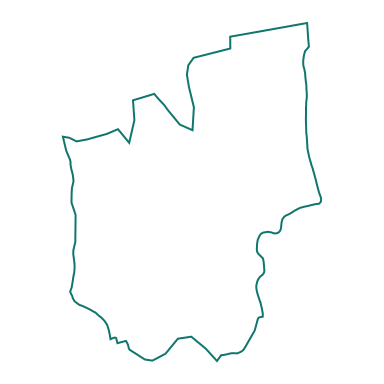 the district of Majz, Sa`dah, Yemen
{"feature_id": "15242507B76983038584557", "entity_name": "Majz", "entity_type": "district", "adm_level": 2, "iso_a3": "YEM", "parent_name": "Yemen", "parent_adm1": "Sa`dah", "projection": "equal_earth", "projection_center": [43.539, 17.146], "detail": "fine", "context": "isolated", "style": "outline", "palette": "teal", "viewbox_px": 384, "rotation_deg": 0, "n_neighbors": 0, "source": "geoboundaries", "source_scale": "gbopen_adm2", "svg_char_len": 3668}
<svg xmlns="http://www.w3.org/2000/svg" viewBox="0 0 384 384"><path d="M118.0,129.2L110.6,132.3L108.8,133.1L106.6,134.0L101.1,135.5L87.2,139.4L78.0,141.1L77.6,141.2L76.8,141.3L76.5,141.4L69.4,137.8L62.9,136.7L66.2,150.6L70.0,159.7L70.0,159.9L70.5,161.6L70.5,164.3L71.1,168.3L72.7,174.3L73.1,177.2L73.3,178.9L73.4,180.0L73.5,181.4L71.9,188.3L71.6,194.5L71.5,202.6L75.6,214.9L75.3,242.3L74.5,245.2L73.8,248.4L73.3,250.6L73.3,252.6L73.3,254.4L73.5,256.0L73.8,257.9L74.5,263.9L74.6,267.1L74.4,270.4L74.3,272.6L73.8,274.4L73.2,277.8L72.9,280.0L72.2,284.5L71.6,287.7L70.8,289.7L70.2,291.9L72.3,296.3L72.8,298.2L74.4,301.0L74.8,301.4L75.0,301.6L75.5,302.0L79.2,304.8L81.4,305.6L81.6,305.6L83.4,306.4L85.4,307.3L87.1,308.1L88.4,308.7L91.0,310.1L92.6,311.1L92.8,311.2L95.0,312.3L96.3,313.3L98.2,315.1L99.6,316.3L99.9,316.6L101.4,317.6L102.7,319.0L103.1,319.4L104.6,321.0L107.0,324.6L107.8,326.9L108.6,329.5L109.0,331.0L109.8,334.9L110.3,337.7L110.4,338.9L110.5,339.2L112.1,338.5L113.1,338.0L113.9,337.8L114.8,337.6L115.5,337.7L116.1,338.0L117.5,343.2L125.9,340.9L127.1,342.8L128.1,345.1L128.7,347.8L129.0,348.8L129.7,349.8L144.9,359.5L150.3,360.3L152.2,360.6L152.4,360.6L154.8,359.4L162.0,355.6L165.5,353.7L168.7,349.9L169.1,349.3L177.9,338.7L178.6,338.6L189.9,336.9L191.3,336.7L205.9,348.8L217.0,361.0L221.2,355.1L223.0,355.1L224.5,354.8L226.3,354.4L227.9,354.1L228.1,354.0L230.1,353.5L232.1,353.2L234.1,353.2L235.7,353.3L237.4,353.3L240.5,352.0L242.1,351.0L243.5,349.8L245.5,346.6L254.6,330.7L255.5,327.6L257.9,318.8L258.5,317.8L259.6,317.3L262.7,316.7L262.8,314.8L262.7,313.0L262.3,311.0L261.9,308.8L261.5,306.9L261.4,306.7L261.2,305.7L261.1,305.2L261.0,304.9L260.4,302.3L260.4,302.2L260.2,302.1L260.2,301.9L259.5,300.1L259.2,299.0L258.9,298.1L258.6,297.2L258.4,296.8L258.3,296.3L258.2,296.1L257.9,295.1L257.6,294.1L257.1,292.2L256.9,291.3L256.6,289.9L256.3,287.7L256.3,285.6L256.8,283.3L257.1,282.3L257.3,281.4L257.7,280.5L258.1,279.5L258.3,279.2L258.6,278.8L259.3,277.8L259.4,277.7L259.6,277.3L259.9,276.9L262.6,274.7L263.4,273.7L264.1,272.3L264.4,270.5L264.3,269.4L264.1,267.9L264.1,267.4L264.0,265.6L263.9,264.9L263.7,262.3L263.5,261.2L263.3,260.0L263.0,258.5L258.2,253.6L257.2,251.9L256.8,249.6L257.1,243.8L257.7,239.9L259.8,235.3L261.2,233.6L263.2,232.6L267.9,231.8L271.3,232.4L273.8,233.3L275.6,233.4L277.3,233.1L278.8,232.3L280.1,230.8L280.9,228.8L281.6,222.4L282.3,219.5L283.8,217.2L285.4,215.8L287.0,215.1L288.5,214.4L290.0,213.6L291.6,212.7L293.2,211.6L294.6,210.7L296.5,209.7L298.5,208.6L300.6,207.7L302.1,207.3L304.0,206.8L305.7,206.4L307.4,206.1L309.2,205.7L310.7,205.2L312.4,204.9L314.2,204.4L314.4,204.4L315.0,204.3L316.1,204.0L317.7,203.9L319.3,203.6L320.8,201.8L320.9,201.0L321.1,199.7L321.1,199.1L320.8,197.4L320.1,195.5L319.3,193.2L318.5,190.7L318.0,188.6L317.4,186.4L316.8,184.1L316.3,181.9L315.8,179.7L315.2,177.9L314.7,175.9L314.2,173.9L313.5,171.6L312.9,169.3L312.3,167.4L311.5,165.3L311.0,163.4L310.3,160.9L309.6,158.6L309.1,156.7L308.6,154.4L308.2,152.4L307.7,150.0L307.5,148.9L306.7,135.9L306.3,133.3L306.3,133.0L305.9,120.0L305.9,117.4L306.0,114.9L306.0,112.7L306.0,107.3L306.2,105.1L306.2,102.4L306.8,97.4L306.8,93.8L306.6,91.0L306.4,89.0L306.4,86.1L306.2,84.2L305.9,82.1L305.8,81.2L305.7,80.1L305.2,75.3L305.2,73.4L304.7,71.2L304.2,68.6L303.4,66.0L303.2,63.0L303.2,61.2L303.5,58.1L304.1,54.7L305.1,51.1L306.9,49.1L308.9,46.7L308.5,42.3L308.4,41.2L308.1,37.3L307.1,23.0L230.2,36.7L230.3,48.5L193.6,57.8L188.3,65.3L186.9,74.7L189.0,87.3L193.9,107.3L192.5,130.2L180.3,124.8L179.8,124.6L173.9,117.4L168.1,110.4L164.2,105.0L158.9,99.4L154.2,93.9L133.0,100.3L134.4,120.2L129.2,142.8L118.0,129.2Z" fill="none" stroke="#0f766e" stroke-width="2"/></svg>